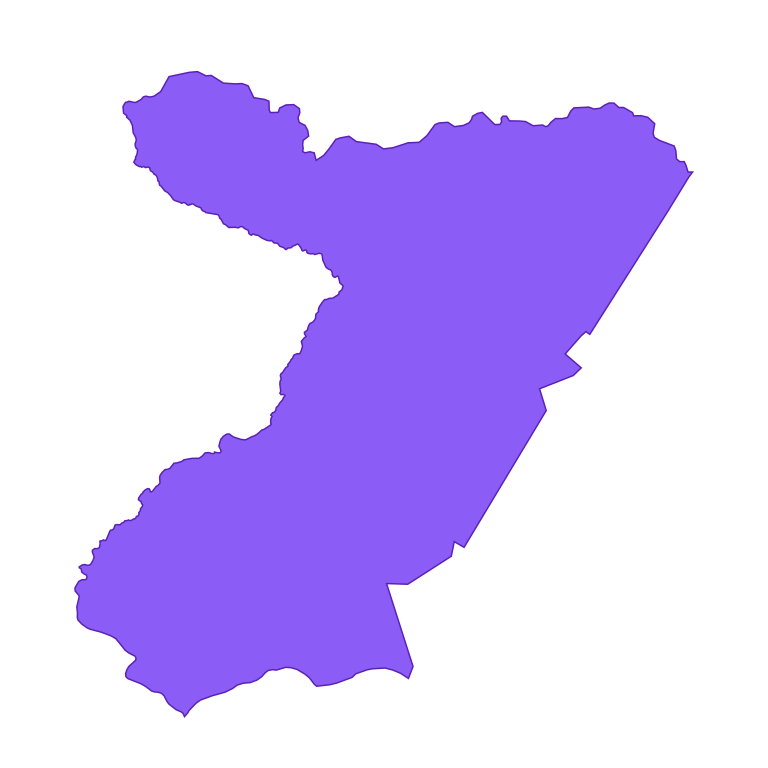 Municipality G, Montevideo, Uruguay (Mercator projection), rotated 267°
{"feature_id": "84410073B78060489397838", "entity_name": "Municipality G", "entity_type": "district", "adm_level": 2, "iso_a3": "URY", "parent_name": "Uruguay", "parent_adm1": "Montevideo", "projection": "mercator", "projection_center": [-56.252, -34.779], "detail": "fine", "context": "isolated", "style": "filled", "palette": "violet", "viewbox_px": 768, "rotation_deg": 267, "n_neighbors": 0, "source": "geoboundaries", "source_scale": "gbopen_adm2", "svg_char_len": 6076}
<svg xmlns="http://www.w3.org/2000/svg" viewBox="0 0 768 768"><g transform="rotate(267 384 384)"><path d="M62.3,167.4L66.2,171.1L67.8,171.9L73.5,177.9L75.4,180.1L78.0,184.2L81.6,195.9L84.6,209.3L88.1,217.3L90.9,221.4L92.6,227.7L92.8,234.7L95.0,241.7L98.2,246.7L101.8,250.2L104.0,253.4L104.6,257.8L103.9,261.3L106.2,271.0L105.6,276.2L103.5,282.3L98.3,290.0L94.4,294.2L87.8,298.7L85.7,301.0L86.5,314.1L87.8,321.0L92.7,336.8L96.1,340.7L99.5,352.3L100.2,357.2L100.3,370.2L98.1,377.3L94.3,385.3L88.7,393.0L100.4,398.2L184.6,376.1L182.8,397.2L208.5,442.2L222.9,445.9L216.7,455.4L349.0,544.6L371.1,539.1L382.6,573.5L389.8,581.8L404.5,566.5L422.1,583.7L425.7,588.4L422.8,592.1L541.2,676.2L574.7,699.2L579.5,703.3L579.8,698.7L586.3,697.1L590.4,695.4L590.6,691.0L593.4,687.9L602.1,687.6L606.5,686.2L612.9,671.7L616.3,666.8L620.5,665.8L629.7,668.0L636.6,661.3L638.5,654.6L638.7,647.4L642.0,646.4L647.6,637.7L647.8,633.1L652.5,628.3L652.8,623.5L651.1,619.2L648.1,614.3L647.6,608.1L649.8,602.9L649.8,588.1L646.7,584.7L640.6,581.2L639.7,576.0L640.1,569.1L636.4,564.2L633.2,561.4L632.5,558.9L634.3,556.0L634.1,546.4L638.7,539.1L639.5,533.3L640.2,523.1L645.0,520.4L645.2,516.6L643.2,514.9L639.5,515.1L637.1,513.3L637.3,508.2L650.1,496.4L649.4,491.7L646.8,486.4L643.5,485.2L640.4,482.7L638.0,476.7L637.3,467.8L642.0,461.5L641.8,452.6L640.4,448.5L629.8,439.9L623.5,431.8L623.6,420.7L619.5,405.5L618.8,395.8L623.8,388.8L627.5,369.1L633.2,362.0L632.1,353.4L630.8,348.7L621.4,341.2L615.3,335.6L610.9,327.9L618.5,326.4L619.8,322.1L619.0,317.3L620.4,314.9L623.3,315.6L627.2,315.3L631.5,316.0L635.5,321.7L641.2,321.1L646.4,318.7L649.7,313.0L654.5,312.1L659.2,314.1L663.4,314.0L667.7,308.5L667.8,300.7L665.1,294.3L660.8,292.6L661.0,284.8L663.5,283.7L672.4,283.9L674.4,279.8L676.8,268.9L688.9,263.9L691.5,257.8L691.5,251.1L692.9,239.3L701.2,227.6L701.0,222.4L705.7,214.1L705.4,205.7L702.2,185.4L687.7,176.3L683.5,169.5L682.8,165.5L683.9,161.2L683.3,158.7L680.5,155.9L678.2,150.8L678.3,149.0L679.7,144.1L678.8,141.9L678.9,140.8L677.9,139.9L674.8,137.9L668.1,138.1L665.3,141.3L664.0,140.9L660.6,144.2L655.3,146.3L648.0,146.7L643.1,149.0L640.6,149.4L637.0,148.1L634.9,148.0L632.5,148.8L630.9,150.2L626.5,149.4L623.3,147.7L621.4,147.7L620.8,146.8L618.5,145.8L616.1,147.6L613.9,151.0L614.1,152.2L613.2,153.1L613.7,155.8L612.6,157.1L612.6,157.9L613.1,158.8L612.5,161.1L609.3,161.9L607.7,164.1L605.5,165.5L604.3,167.4L601.7,168.5L598.6,168.9L597.4,170.1L595.1,170.1L594.0,170.6L593.4,171.6L588.4,175.1L586.4,178.1L583.2,180.8L579.2,183.3L578.2,184.6L576.1,189.9L575.1,191.2L575.7,193.3L575.0,195.5L573.7,196.3L572.8,197.9L572.9,198.7L573.4,199.2L573.3,200.4L574.0,201.8L573.9,202.7L571.7,205.4L569.4,210.5L567.8,210.9L566.4,212.1L565.6,214.0L564.5,215.0L561.8,227.1L560.3,228.1L558.3,228.5L556.7,230.1L552.5,232.0L550.9,234.8L548.4,237.1L548.3,243.1L547.6,246.8L548.8,249.3L548.2,251.3L546.5,252.9L544.6,256.5L541.5,256.9L540.3,258.0L539.5,259.4L540.6,261.1L540.6,261.7L539.6,263.2L539.0,266.1L536.1,269.8L533.5,274.7L532.9,277.9L533.3,278.8L533.1,279.3L530.6,281.6L530.2,284.9L526.9,287.3L525.6,290.8L523.4,292.9L523.6,293.6L524.8,295.2L524.9,298.2L526.5,300.4L528.3,305.2L526.8,306.7L523.8,308.4L521.8,309.0L521.1,309.9L522.0,312.9L521.2,313.6L519.2,314.0L518.5,314.8L517.8,317.4L517.8,320.4L516.9,321.6L517.9,325.9L517.5,328.0L516.7,328.9L510.8,329.4L503.7,332.2L501.9,334.1L500.9,336.3L499.8,337.4L498.0,338.1L496.1,338.0L494.2,338.8L493.3,339.8L493.2,341.3L494.2,342.8L493.9,344.0L487.1,345.3L484.6,347.9L483.8,348.2L480.3,346.9L478.1,343.9L476.3,343.7L475.0,342.0L472.4,337.2L472.4,333.6L471.4,331.3L471.4,329.1L468.8,326.6L464.5,323.4L461.5,322.3L459.7,322.4L457.3,319.7L453.2,319.0L451.4,318.0L449.5,316.0L448.4,313.4L446.4,311.9L441.6,310.1L439.9,307.3L438.4,307.2L435.5,308.7L434.3,306.8L430.9,303.7L426.0,304.6L421.4,303.0L418.9,301.6L418.5,301.1L418.8,298.8L417.8,295.9L417.2,295.3L414.6,294.1L413.3,292.6L411.2,291.4L408.6,289.0L406.8,289.0L405.3,286.6L400.5,283.1L399.9,281.8L397.8,280.9L394.3,281.6L392.0,280.3L389.0,280.0L382.2,280.5L380.3,279.5L378.7,280.6L378.9,282.3L378.4,283.8L377.8,284.4L377.1,284.3L376.0,283.1L373.3,281.7L370.7,279.1L367.5,276.9L366.2,275.2L363.3,274.5L361.5,272.8L361.1,271.2L359.4,269.6L358.9,269.3L357.5,270.6L354.9,269.1L350.7,268.8L349.9,269.3L349.2,268.9L345.0,261.8L344.5,259.7L340.6,254.8L338.9,251.6L338.6,250.0L335.7,243.5L335.5,242.1L336.2,238.1L339.1,230.6L342.1,227.0L342.3,225.2L341.8,223.5L340.2,220.9L337.5,218.3L334.1,216.9L330.4,215.9L327.0,217.4L324.9,217.8L323.9,216.6L323.9,214.8L324.9,211.3L324.1,211.4L323.5,210.4L323.7,207.8L324.7,205.6L324.6,201.8L321.6,198.8L319.5,195.5L319.8,188.5L318.8,180.3L317.2,177.9L316.0,172.9L315.9,170.1L311.1,165.9L310.2,163.9L310.0,160.9L307.4,157.9L304.6,155.7L302.7,155.1L296.8,155.1L294.5,153.0L293.7,151.2L289.2,147.4L288.5,146.2L288.8,144.9L290.5,144.7L291.7,143.9L291.9,142.4L290.8,140.1L289.0,137.9L287.8,137.4L286.5,135.7L283.0,133.0L281.2,132.7L279.2,135.3L277.3,135.6L275.9,136.7L274.4,136.3L272.2,134.3L270.3,134.1L268.4,132.4L267.0,132.6L265.2,131.7L264.7,129.8L263.6,129.4L262.3,128.0L262.4,127.0L261.0,124.4L261.1,122.5L261.6,121.6L261.0,120.2L261.0,118.1L259.6,116.9L258.8,114.8L257.2,113.1L257.6,109.7L257.3,108.2L253.4,106.4L252.4,104.7L252.4,103.4L251.5,102.6L242.8,98.4L242.3,97.1L243.0,95.6L242.2,94.3L242.2,92.6L241.8,92.0L239.7,92.2L235.4,91.2L234.5,88.3L234.9,86.5L233.3,84.2L231.7,83.9L226.6,85.5L223.3,84.3L219.7,81.9L218.6,80.5L218.5,78.0L219.4,75.7L219.1,73.2L217.3,70.0L216.4,70.1L215.2,71.9L212.0,72.3L210.1,74.4L208.6,76.9L206.9,77.4L204.8,76.6L204.2,75.2L204.4,72.3L202.8,68.8L196.5,64.7L193.3,64.8L189.2,68.0L187.7,68.5L177.6,65.6L170.9,65.9L167.0,65.5L164.2,66.1L159.8,69.9L155.8,75.1L154.4,77.9L151.1,88.2L149.6,91.8L146.9,98.0L143.7,102.9L131.6,111.7L128.8,115.0L125.2,121.2L123.2,122.0L121.1,121.5L115.3,114.4L112.1,112.3L108.3,110.8L105.6,110.9L104.5,111.5L103.0,113.2L97.5,125.4L94.4,130.2L89.6,135.8L88.6,138.4L87.9,142.7L86.7,145.7L84.3,148.0L78.3,150.7L75.7,152.4L69.6,159.4L67.2,164.3L65.6,166.1L62.3,167.4Z" fill="#8b5cf6" stroke="#5b21b6" stroke-width="1.5"/></g></svg>